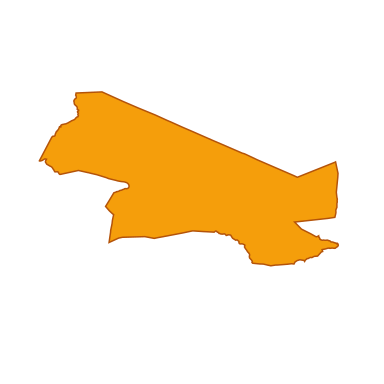 Engerdal nor, Hedmark, Norway, rotated 286°
{"feature_id": "86288312B32893116539202", "entity_name": "Engerdal nor", "entity_type": "district", "adm_level": 2, "iso_a3": "NOR", "parent_name": "Norway", "parent_adm1": "Hedmark", "projection": "orthographic", "projection_center": [11.825, 61.975], "detail": "fine", "context": "isolated", "style": "filled", "palette": "amber", "viewbox_px": 384, "rotation_deg": 286, "n_neighbors": 0, "source": "geoboundaries", "source_scale": "gbopen_adm2", "svg_char_len": 5745}
<svg xmlns="http://www.w3.org/2000/svg" viewBox="0 0 384 384"><g transform="rotate(286 192 192)"><path d="M120.6,126.2L127.5,134.2L129.3,137.6L136.1,159.0L137.0,168.5L137.8,170.0L138.8,171.9L141.3,177.0L141.7,177.7L142.9,180.2L144.1,182.5L150.1,194.4L154.7,203.1L155.1,204.6L157.0,213.4L158.1,218.1L159.5,224.3L159.6,224.5L160.7,225.2L161.0,225.5L161.1,225.8L161.1,226.0L161.0,226.3L160.6,227.0L160.6,227.4L160.4,227.6L160.4,228.3L159.8,229.2L159.6,229.5L159.8,230.0L159.6,230.8L159.6,231.4L159.7,231.9L159.8,232.4L159.9,232.8L160.0,233.2L160.2,233.7L160.5,234.1L160.7,234.4L160.6,235.1L160.6,235.3L160.3,235.9L160.1,236.2L159.8,236.8L159.7,236.9L159.8,237.1L159.9,237.4L160.0,237.6L160.2,237.8L160.6,238.2L160.9,238.6L160.9,238.8L160.9,239.3L161.0,239.6L161.2,240.1L161.2,240.6L161.2,240.9L161.1,241.2L161.0,241.4L160.3,242.0L159.9,242.5L159.4,243.0L158.7,243.9L158.6,244.4L158.4,244.8L158.3,245.3L158.1,246.0L157.9,246.7L157.7,247.4L158.2,248.1L158.3,248.5L158.3,248.8L158.1,249.3L157.3,250.8L157.1,250.9L156.8,251.0L156.4,251.0L155.7,251.5L155.4,251.9L155.4,252.3L155.4,252.5L155.5,253.1L155.6,253.4L155.9,254.1L156.0,254.7L156.0,255.0L156.0,255.3L155.8,256.2L155.8,256.6L155.8,256.9L155.8,257.0L155.4,257.5L155.1,257.4L154.5,257.6L153.6,257.6L153.1,258.2L152.5,258.7L152.1,259.2L151.5,260.1L151.0,260.7L150.6,261.1L150.4,261.3L149.7,262.1L149.2,263.2L148.8,263.5L148.5,264.0L148.1,264.4L147.2,264.8L146.5,264.8L145.8,264.9L144.5,265.5L144.3,265.8L144.0,266.3L143.6,266.9L143.0,267.9L142.7,268.3L141.9,269.1L140.9,269.0L140.3,269.8L140.3,270.2L140.4,270.6L140.4,270.9L140.5,271.4L140.6,271.9L141.5,276.9L142.4,280.5L142.4,281.0L142.5,282.6L142.6,285.3L142.7,286.4L142.8,288.1L144.9,292.7L145.3,294.1L148.9,303.7L150.5,307.5L150.9,309.9L153.0,310.3L155.0,311.9L156.6,314.4L157.1,318.5L156.3,319.4L157.7,319.7L159.7,321.0L159.9,321.8L161.7,323.7L162.0,325.3L163.8,327.2L165.0,330.4L170.1,332.9L170.8,334.0L172.5,332.9L173.9,335.7L175.6,338.4L175.8,339.7L176.0,339.8L176.1,340.9L176.7,341.9L177.0,343.8L177.2,344.7L177.6,345.4L178.4,345.8L179.7,347.0L180.3,347.2L181.1,347.3L181.4,347.2L182.3,346.6L182.5,346.3L182.7,345.9L182.1,345.6L182.6,344.9L182.5,344.5L182.4,344.2L182.4,343.9L182.6,343.5L182.5,343.3L182.6,342.8L182.5,342.7L182.5,342.4L182.5,342.1L182.6,341.8L182.7,341.5L182.7,341.2L182.5,340.0L182.4,339.8L182.3,339.5L182.6,338.8L182.7,338.7L182.8,338.6L182.9,338.4L183.0,337.8L183.0,337.6L183.0,337.4L183.0,337.1L183.0,336.8L182.9,336.7L183.0,336.3L183.0,336.2L183.1,335.8L183.0,335.3L183.0,335.1L182.8,334.7L182.7,334.5L182.6,334.2L182.4,333.7L182.3,333.3L182.2,332.9L182.2,332.7L182.1,332.1L182.1,331.7L181.9,331.4L181.7,331.1L181.6,330.7L181.6,330.4L181.5,330.2L181.5,329.9L181.6,329.5L181.6,329.4L181.6,329.1L181.6,328.8L181.8,328.3L181.9,328.0L181.9,327.9L182.1,327.7L182.4,327.7L182.6,327.7L183.1,327.1L183.4,326.8L183.5,326.4L183.8,326.4L184.4,325.9L184.7,325.8L184.2,325.4L184.1,325.1L183.6,324.5L183.2,323.8L183.3,323.0L184.5,318.0L186.5,307.4L191.4,298.9L204.0,329.7L207.0,336.3L210.0,336.2L211.2,336.1L212.0,336.0L214.3,335.2L217.3,335.5L217.9,335.3L220.4,334.6L221.1,334.4L221.7,334.4L222.3,334.4L224.4,333.7L225.1,333.7L226.7,332.8L231.5,330.8L246.2,328.1L250.2,327.2L260.5,321.7L260.0,321.2L235.2,289.2L235.8,285.4L240.9,246.1L243.0,233.2L243.2,231.7L243.2,229.5L247.4,197.0L250.2,176.3L251.7,164.6L253.4,152.9L254.0,148.2L255.9,135.5L257.9,117.5L260.0,101.1L263.4,77.9L255.2,53.3L253.0,53.5L252.9,53.8L252.5,54.1L251.0,54.7L250.7,54.8L250.2,54.7L249.7,54.4L249.4,54.0L248.5,53.5L247.6,53.5L247.1,53.3L246.9,53.3L246.7,53.5L245.7,54.0L244.7,54.4L243.9,54.9L243.5,55.7L243.1,56.1L243.0,56.5L242.8,57.1L242.3,57.8L241.9,58.2L241.5,58.4L240.8,58.7L239.8,58.9L239.7,59.2L239.7,59.6L239.7,59.8L239.6,60.2L239.3,60.5L239.0,60.6L238.6,60.6L238.4,60.4L238.2,60.0L237.7,59.8L237.5,60.0L237.2,60.0L236.9,60.2L236.7,60.6L236.6,60.9L236.5,61.1L236.0,61.0L235.4,60.9L234.8,61.0L234.6,61.3L234.4,61.6L234.2,61.7L232.9,61.6L232.6,61.0L232.4,60.9L232.2,60.6L230.9,59.8L230.6,59.8L229.7,59.3L229.1,58.9L228.6,58.3L227.7,57.2L227.2,56.5L226.2,55.7L225.5,54.9L224.4,53.9L223.3,52.6L222.8,52.0L222.3,51.1L222.2,50.7L221.4,49.4L221.4,49.2L221.2,49.0L220.9,48.5L220.9,48.4L220.2,47.7L219.8,47.6L219.2,47.8L218.4,47.9L218.4,47.6L218.6,47.2L218.3,46.7L217.9,46.9L216.9,46.5L216.2,46.5L215.6,46.4L214.6,46.0L214.3,45.8L214.1,45.7L213.9,45.7L213.4,45.5L213.4,45.4L213.0,45.3L212.7,45.2L212.4,44.9L211.9,44.8L211.5,44.9L210.0,44.6L208.4,44.8L207.9,44.5L207.7,43.9L207.2,43.1L207.1,42.9L207.1,42.7L206.6,42.5L206.4,42.3L206.0,42.1L179.9,36.7L179.8,37.1L180.0,37.6L180.3,38.2L180.8,38.9L181.2,39.5L181.7,39.9L182.1,40.3L182.8,40.9L183.3,41.5L183.4,43.1L181.6,42.7L180.5,42.8L180.1,43.2L178.7,44.7L177.9,47.8L177.7,48.6L177.6,49.5L177.3,50.3L176.8,51.1L175.6,52.4L175.0,53.2L173.9,54.2L173.6,54.6L173.8,55.4L174.3,56.9L174.4,57.5L173.9,58.1L172.7,59.5L172.5,60.1L172.6,60.5L181.4,76.9L181.9,85.6L181.9,86.2L182.0,86.7L182.1,87.3L182.0,87.8L182.1,88.8L182.1,89.3L182.1,90.5L182.2,91.0L182.2,92.1L182.3,93.4L182.3,94.0L182.4,95.4L182.4,95.9L182.2,104.6L182.2,105.6L181.9,108.1L182.2,115.7L182.2,117.2L182.2,117.7L182.3,118.5L182.3,118.9L182.5,120.8L182.7,122.1L182.9,122.9L183.1,124.4L183.0,125.7L183.0,126.6L182.6,127.7L182.2,128.5L181.3,129.4L180.7,129.7L180.1,130.0L179.6,130.0L179.0,129.9L178.5,129.8L178.0,129.5L177.7,129.1L177.1,128.2L177.0,127.3L176.7,126.5L176.0,125.9L175.2,124.7L174.4,123.8L174.2,123.6L174.0,123.1L173.6,122.3L172.8,121.6L172.6,121.4L172.1,120.6L171.9,120.2L171.7,119.9L171.6,119.5L171.5,119.3L171.1,119.1L170.6,118.4L170.1,117.7L169.7,117.1L161.1,114.8L154.3,112.9L151.1,117.8L149.1,121.7L148.7,122.9L142.9,123.3L139.4,123.9L132.7,124.4L130.9,124.8L120.6,126.2Z" fill="#f59e0b" stroke="#b45309" stroke-width="1.5"/></g></svg>